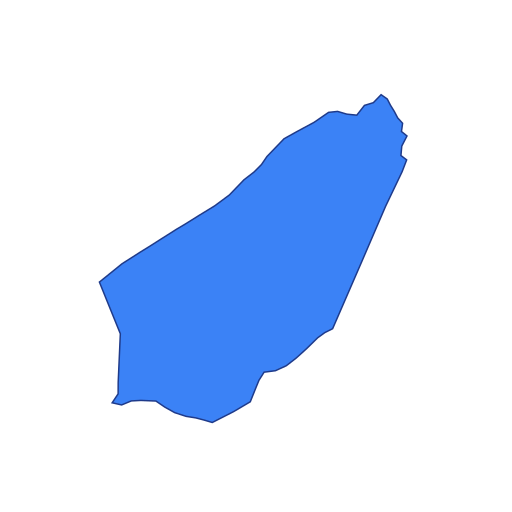 outline of São Miguel de Taipu, Paraíba, Brazil, rotated 219°
{"feature_id": "56859067B70917527090228", "entity_name": "São Miguel de Taipu", "entity_type": "district", "adm_level": 2, "iso_a3": "BRA", "parent_name": "Brazil", "parent_adm1": "Paraíba", "projection": "equal_earth", "projection_center": [-35.197, -7.244], "detail": "fine", "context": "isolated", "style": "filled", "palette": "blue", "viewbox_px": 512, "rotation_deg": 219, "n_neighbors": 0, "source": "geoboundaries", "source_scale": "gbopen_adm2", "svg_char_len": 961}
<svg xmlns="http://www.w3.org/2000/svg" viewBox="0 0 512 512"><g transform="rotate(219 256 256)"><path d="M275.4,51.4L266.7,55.7L261.7,64.9L254.6,71.3L242.5,80.3L231.6,81.2L220.6,83.1L209.4,87.4L200.9,92.3L193.4,95.7L185.2,99.1L175.5,120.9L168.7,139.1L173.0,153.0L175.5,161.3L176.6,170.8L168.7,179.1L163.4,189.8L160.5,202.2L158.4,215.7L156.6,231.3L154.3,239.8L150.7,247.7L170.5,319.0L186.6,376.3L195.5,413.5L199.4,425.5L206.6,425.3L211.9,433.2L214.2,444.3L221.3,444.3L225.6,451.4L232.8,452.5L239.5,455.4L246.4,457.8L252.8,460.6L260.3,460.1L261.3,449.0L266.5,441.3L266.3,428.9L274.7,423.4L283.6,419.7L290.0,413.3L295.0,396.4L299.4,385.9L302.6,378.2L308.0,364.8L310.1,340.2L309.3,330.5L310.4,320.0L313.3,307.7L315.1,286.7L319.7,268.9L325.7,252.0L331.2,236.0L334.4,227.4L340.1,210.5L345.1,195.6L348.5,185.9L351.5,176.8L355.2,165.8L361.3,137.2L345.8,128.6L312.5,110.2L283.6,71.1L276.4,62.1L275.4,51.4Z" fill="#3b82f6" stroke="#1e3a8a" stroke-width="1.5"/></g></svg>